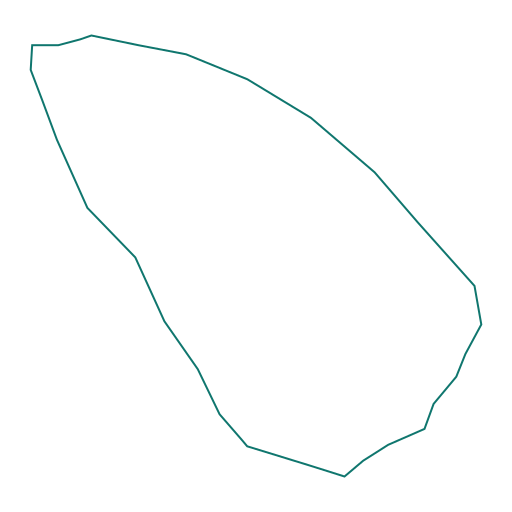 the district of Hofors, Gävleborg, Sweden
{"feature_id": "70781695B62100483486123", "entity_name": "Hofors", "entity_type": "district", "adm_level": 2, "iso_a3": "SWE", "parent_name": "Sweden", "parent_adm1": "Gävleborg", "projection": "mercator", "projection_center": [16.413, 60.511], "detail": "fine", "context": "isolated", "style": "outline", "palette": "teal", "viewbox_px": 512, "rotation_deg": 0, "n_neighbors": 0, "source": "geoboundaries", "source_scale": "gbopen_adm2", "svg_char_len": 493}
<svg xmlns="http://www.w3.org/2000/svg" viewBox="0 0 512 512"><path d="M344.5,476.5L363.2,460.7L388.2,444.8L424.5,428.9L433.6,403.9L456.3,376.7L465.4,354.0L481.3,324.5L474.5,285.9L417.7,222.3L374.6,172.3L311.0,117.9L247.4,79.3L186.1,54.3L138.4,45.2L91.4,35.5L80.1,39.4L58.3,45.2L32.2,45.2L32.0,48.1L30.7,69.9L42.3,100.4L56.9,139.7L87.4,207.9L135.3,257.4L164.4,321.3L197.8,369.2L219.6,414.3L242.0,440.1L247.2,446.3L308.7,465.2L344.5,476.5Z" fill="none" stroke="#0f766e" stroke-width="2"/></svg>